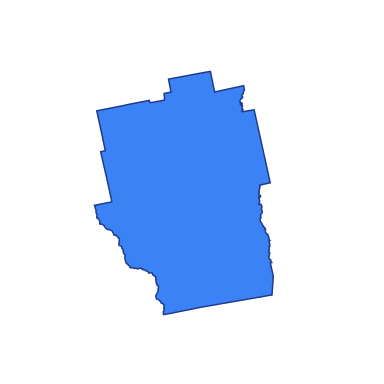 outline of Chivilcoy, Buenos Aires, Argentina, rotated 35°
{"feature_id": "61730980B82313314600145", "entity_name": "Chivilcoy", "entity_type": "district", "adm_level": 2, "iso_a3": "ARG", "parent_name": "Argentina", "parent_adm1": "Buenos Aires", "projection": "mercator", "projection_center": [-59.874, -34.908], "detail": "fine", "context": "isolated", "style": "filled", "palette": "blue", "viewbox_px": 384, "rotation_deg": 35, "n_neighbors": 0, "source": "geoboundaries", "source_scale": "gbopen_adm2", "svg_char_len": 5951}
<svg xmlns="http://www.w3.org/2000/svg" viewBox="0 0 384 384"><g transform="rotate(35 192 192)"><path d="M195.7,89.0L187.1,97.5L186.7,97.2L186.2,96.5L186.4,95.8L186.5,95.7L186.6,95.3L186.3,95.0L185.2,94.9L184.9,94.7L184.5,94.5L184.4,93.3L183.9,92.4L183.7,92.2L183.2,92.2L182.5,92.7L181.8,92.8L181.3,92.5L181.1,92.1L182.1,91.8L182.5,91.2L182.4,90.8L181.8,90.5L181.3,90.5L180.8,90.8L180.2,91.0L179.8,90.6L179.2,90.3L179.0,89.9L178.9,89.3L178.8,87.5L178.6,87.1L179.0,86.5L179.3,86.3L179.4,86.1L179.3,85.6L179.0,85.2L178.5,84.9L177.6,84.7L177.4,84.5L177.3,83.9L177.5,82.9L177.4,82.0L177.3,81.6L176.9,80.9L176.6,80.4L176.4,79.9L176.5,79.3L176.6,78.8L176.6,78.6L173.3,75.3L162.8,86.6L153.2,97.1L137.9,82.7L134.0,86.5L108.0,113.0L117.5,122.2L112.6,127.3L114.7,129.7L116.5,132.1L116.3,133.0L107.5,142.0L105.7,142.7L104.4,141.5L90.2,156.2L87.6,159.0L86.3,160.5L67.4,180.1L86.3,197.6L97.3,207.9L94.1,211.4L116.4,231.6L132.0,246.0L119.7,258.9L120.7,259.2L121.0,259.4L121.2,260.0L121.5,260.3L122.0,260.6L122.5,261.0L123.1,261.3L123.5,261.6L124.1,262.5L125.9,264.5L126.5,264.7L126.8,265.0L127.6,265.6L127.9,265.9L128.3,267.3L128.7,267.6L129.1,267.8L130.0,267.8L131.0,267.6L131.4,267.8L132.2,268.4L133.2,268.8L133.4,269.2L133.9,269.6L134.1,269.9L134.2,270.4L134.4,270.8L134.9,271.1L135.2,271.0L135.6,270.8L136.4,270.1L136.9,269.9L137.8,270.0L139.0,269.8L139.4,270.0L140.2,270.5L141.2,270.7L141.8,270.9L142.3,271.2L143.0,271.3L143.9,271.1L144.5,271.1L145.0,270.9L146.1,269.9L147.1,270.1L147.7,269.8L148.7,269.6L149.1,269.8L149.5,270.2L149.9,270.4L150.5,270.4L151.0,270.8L151.8,271.3L152.3,271.8L152.6,271.9L153.0,272.0L153.4,271.8L153.8,271.6L154.0,271.2L154.4,271.0L154.9,271.0L155.4,271.3L156.4,271.0L157.1,271.5L157.6,271.9L158.6,271.8L159.1,271.9L159.7,272.4L160.1,273.5L160.8,274.1L161.0,274.7L161.0,275.1L161.5,275.4L161.7,275.9L162.1,276.9L162.5,277.3L163.0,277.5L163.5,277.5L165.0,276.9L165.7,277.1L166.3,277.8L166.6,278.1L167.3,278.5L167.9,278.6L168.2,278.7L168.5,278.8L169.1,279.2L169.7,280.3L171.5,281.6L173.2,281.8L173.7,282.2L174.5,284.2L174.9,284.7L175.3,285.1L175.7,285.3L176.1,285.8L176.5,285.9L177.1,286.8L177.6,287.0L178.2,287.4L178.6,287.9L179.6,288.2L180.4,287.9L180.9,287.9L181.2,288.2L181.5,288.2L182.0,288.6L182.7,288.4L184.2,288.9L184.6,289.4L185.1,289.4L185.6,289.0L185.9,288.5L186.3,288.3L186.9,288.2L187.4,287.9L187.8,287.6L188.9,287.4L190.1,286.5L191.7,286.2L192.0,285.7L192.2,285.2L192.4,284.7L192.9,284.6L193.8,283.9L194.3,283.6L194.6,283.6L195.0,283.9L195.3,283.9L195.6,283.7L196.0,283.9L196.7,283.6L198.2,282.8L198.7,283.0L199.0,283.2L199.7,282.9L200.1,282.6L200.8,282.5L201.3,282.6L201.8,282.4L202.1,282.7L202.4,283.0L202.9,283.2L203.5,283.0L203.9,282.7L204.6,281.8L205.1,281.4L205.5,281.2L206.3,281.4L206.9,281.8L207.3,282.3L208.1,282.4L208.7,282.4L209.2,282.0L209.5,282.0L210.0,282.3L210.5,282.3L210.9,282.8L211.2,282.6L211.6,282.6L212.1,283.5L212.3,284.4L212.7,284.6L213.0,285.0L214.2,286.2L214.7,286.5L215.0,286.9L215.1,287.3L215.4,287.3L215.7,287.6L216.1,287.6L216.5,288.1L216.8,288.3L217.0,288.5L217.5,288.5L217.9,288.2L218.3,288.3L219.0,289.0L219.3,289.4L219.5,290.1L219.8,290.5L219.9,291.0L220.2,291.3L220.4,291.9L220.9,292.2L221.0,292.5L221.3,292.8L221.4,293.4L221.4,294.6L221.5,295.1L221.5,296.1L221.9,297.9L223.9,299.8L224.3,300.0L224.7,299.7L226.6,299.2L227.5,299.6L228.1,299.7L228.7,299.6L229.2,299.7L230.2,300.5L230.8,300.6L232.0,300.2L232.9,300.4L233.3,300.5L233.5,300.8L234.1,300.7L234.6,300.9L235.1,301.9L235.1,302.5L235.3,303.1L235.8,303.3L236.1,303.8L236.6,303.9L237.0,304.5L237.0,305.8L237.2,306.5L237.6,307.1L238.4,308.2L239.1,308.7L243.5,304.3L264.9,281.8L315.6,231.4L316.6,230.5L307.0,214.5L296.8,205.1L297.8,204.0L297.5,203.9L297.2,203.9L296.4,203.6L295.9,203.0L295.7,202.9L295.5,202.7L295.4,202.4L295.2,202.4L294.7,202.6L294.4,202.5L293.9,202.5L293.8,202.4L293.5,202.3L293.2,202.0L292.9,201.8L292.7,201.8L292.5,201.6L292.2,201.2L291.9,200.4L292.0,200.1L292.0,199.9L291.4,199.6L291.2,199.3L291.2,198.8L291.1,198.7L291.1,198.2L290.8,197.8L290.8,197.5L290.7,197.3L290.4,197.2L289.9,197.2L289.6,197.4L289.3,197.5L288.9,197.1L289.0,196.8L288.9,196.3L288.8,196.1L288.9,195.8L288.9,195.7L288.7,195.3L288.2,194.9L288.1,194.7L287.8,194.5L287.7,194.4L287.7,194.0L287.4,193.8L287.2,193.4L286.8,192.9L286.8,192.6L286.7,192.5L287.0,192.2L286.7,191.8L286.4,191.7L286.2,190.9L286.1,190.7L285.7,190.2L285.3,190.0L285.1,189.8L284.9,189.3L284.6,189.1L284.3,189.0L284.1,188.9L283.7,188.4L283.4,188.3L283.4,187.8L283.1,187.6L283.3,187.3L283.5,187.0L283.3,187.0L283.2,187.1L282.8,187.0L281.8,185.9L281.6,185.8L281.3,185.5L281.0,185.3L280.9,185.1L280.6,185.0L280.2,184.6L279.6,184.3L279.1,183.9L278.5,183.8L278.3,183.6L278.2,183.3L277.7,183.6L277.3,183.6L276.7,183.4L276.4,183.2L276.0,183.0L275.4,182.8L275.1,182.7L274.6,181.8L274.4,181.6L274.1,181.5L273.8,181.2L273.8,180.8L273.7,180.5L273.5,180.1L273.3,180.0L272.4,180.2L272.2,180.0L272.2,179.8L272.0,179.7L271.6,179.4L271.0,179.5L270.7,179.4L270.3,179.0L270.1,178.9L269.8,179.3L269.6,179.3L269.2,178.8L268.1,178.3L267.6,177.9L267.4,177.8L267.0,177.9L266.5,177.7L266.4,177.5L266.2,177.4L265.5,177.0L265.0,176.9L264.4,176.2L263.0,175.0L263.3,173.6L263.1,173.2L262.7,173.0L262.2,172.6L261.8,171.9L261.5,171.5L261.4,170.9L261.4,170.2L261.4,169.1L261.1,168.2L260.5,167.3L259.4,166.8L258.8,166.4L258.5,166.0L258.3,165.2L257.6,163.9L256.7,163.1L256.0,162.6L255.3,162.7L255.0,163.3L254.0,163.8L253.5,163.6L253.3,163.0L253.5,161.9L252.9,161.4L252.7,161.1L252.6,160.7L252.4,160.3L252.1,160.0L251.7,159.8L251.2,159.4L250.8,158.7L249.9,158.2L249.6,157.9L249.7,157.4L250.0,157.2L250.7,157.1L250.7,156.9L250.7,156.4L250.5,155.9L250.1,155.6L249.7,155.6L249.1,155.8L248.7,156.0L248.3,156.0L247.9,155.6L247.6,155.2L247.6,154.8L247.7,154.4L247.6,154.1L247.3,153.7L246.7,153.2L246.4,152.3L246.2,152.2L245.9,151.9L245.5,150.9L245.5,150.5L245.2,149.9L244.8,149.2L244.5,148.9L244.5,148.2L244.0,147.8L243.6,147.5L250.8,139.6L195.7,89.0Z" fill="#3b82f6" stroke="#1e3a8a" stroke-width="1.5"/></g></svg>